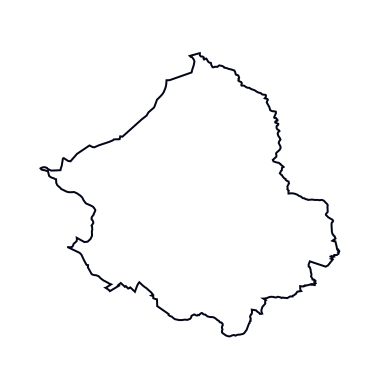 outline of Juchique de Ferrer, Veracruz, Mexico, rotated 277°
{"feature_id": "50627088B55369972555828", "entity_name": "Juchique de Ferrer", "entity_type": "district", "adm_level": 2, "iso_a3": "MEX", "parent_name": "Mexico", "parent_adm1": "Veracruz", "projection": "equal_earth", "projection_center": [-96.665, 19.824], "detail": "fine", "context": "isolated", "style": "outline", "palette": "ink", "viewbox_px": 384, "rotation_deg": 277, "n_neighbors": 0, "source": "geoboundaries", "source_scale": "gbopen_adm2", "svg_char_len": 5950}
<svg xmlns="http://www.w3.org/2000/svg" viewBox="0 0 384 384"><g transform="rotate(277 192 192)"><path d="M330.8,182.8L326.8,173.2L326.0,174.2L325.7,175.8L323.8,177.5L322.0,178.5L318.3,178.3L313.2,177.3L310.6,177.0L300.3,156.2L299.8,153.1L295.5,153.3L292.8,153.1L288.0,151.9L285.7,150.8L283.6,149.4L279.3,146.0L272.3,144.4L271.2,144.0L265.8,139.1L262.3,137.6L257.9,133.2L238.4,116.2L238.5,114.0L235.6,113.7L234.7,108.1L233.6,107.1L231.7,103.8L227.0,93.9L224.5,89.7L224.5,87.8L225.7,84.6L215.8,73.2L207.7,67.7L207.7,65.3L210.0,60.6L209.5,59.8L201.9,59.5L200.0,59.0L197.6,58.8L196.1,49.7L197.3,46.0L198.2,45.1L198.7,43.1L198.3,41.0L197.8,39.8L197.0,38.8L196.0,39.8L195.6,41.4L195.7,42.7L195.0,46.5L190.6,48.2L189.6,49.8L189.1,51.2L188.7,53.4L187.8,55.3L187.9,55.6L184.6,56.1L182.3,57.5L179.9,61.0L179.1,61.7L177.1,67.5L176.8,69.2L177.0,71.9L177.6,75.1L176.4,78.7L175.8,79.6L174.7,81.8L173.1,83.8L170.7,85.3L168.1,87.7L167.6,88.6L166.0,93.9L165.2,95.7L163.9,97.0L162.4,98.2L161.3,98.2L158.4,97.2L157.7,97.2L154.6,95.5L152.5,95.7L151.7,96.8L150.0,97.7L149.0,97.8L146.4,96.4L145.6,97.0L142.6,97.6L140.8,97.4L136.4,98.1L133.0,97.0L130.0,94.5L129.2,91.3L132.5,83.2L130.8,83.6L129.0,83.4L126.1,80.8L124.7,80.6L123.1,79.9L122.2,77.7L122.3,74.9L117.9,87.9L116.3,89.9L111.3,93.0L106.8,96.2L106.7,97.8L104.6,97.8L98.3,102.4L97.8,103.7L97.6,105.5L97.7,106.9L97.0,109.6L94.9,112.3L93.3,115.2L92.7,117.0L90.9,121.4L90.5,123.0L86.6,118.4L86.4,117.9L84.7,121.3L83.6,122.6L90.1,130.9L90.5,130.1L93.0,132.4L89.7,137.0L90.5,137.8L88.4,140.4L89.5,141.9L89.3,142.1L89.7,142.5L86.0,147.5L92.0,148.9L94.3,149.7L96.0,150.7L93.5,154.1L91.8,156.8L91.3,158.0L87.3,163.8L85.3,165.8L84.3,164.3L83.9,166.2L81.9,166.5L81.4,168.2L81.2,170.3L74.5,171.4L68.0,183.7L67.2,183.6L66.3,185.0L65.8,187.1L64.4,189.2L63.7,190.6L63.3,194.8L63.6,197.4L64.5,200.6L64.5,203.0L65.9,205.6L67.2,206.4L69.0,206.6L69.9,207.8L70.7,209.1L70.7,209.7L70.2,210.5L70.0,211.6L70.2,212.7L70.8,213.0L70.7,214.1L71.9,214.9L73.0,216.1L73.0,217.0L72.4,217.6L71.9,218.7L71.9,220.2L70.4,222.5L70.1,225.3L70.3,227.3L70.2,228.8L69.8,229.9L68.5,232.2L67.9,232.8L67.5,234.3L66.3,235.3L66.0,235.9L66.1,236.6L65.9,237.3L64.6,238.6L63.1,238.7L62.5,238.3L61.0,238.2L59.3,239.0L57.9,238.7L56.3,238.9L55.3,240.2L53.7,243.3L53.2,245.6L53.4,247.4L54.6,249.4L55.2,251.1L54.7,252.6L55.8,254.4L56.4,257.3L57.4,260.0L58.4,261.1L61.8,263.0L68.4,264.6L68.9,265.1L69.5,265.0L70.4,265.2L71.2,265.9L71.6,265.5L73.4,265.8L74.9,264.9L75.9,264.9L76.6,265.3L77.5,265.3L78.2,266.1L78.9,266.2L80.1,266.2L82.5,265.7L82.3,270.1L81.2,271.4L80.0,273.7L79.2,274.4L79.8,276.5L82.1,275.4L83.1,275.3L84.7,275.5L86.6,275.9L89.6,278.0L90.5,278.3L91.0,278.1L93.1,277.9L93.6,278.5L94.9,275.8L95.1,277.1L95.8,279.1L97.1,281.5L97.6,283.1L97.8,285.4L97.5,287.5L97.6,288.3L98.5,290.1L98.1,293.2L97.7,293.7L98.2,294.7L98.3,299.5L100.3,302.1L100.6,304.6L101.3,304.7L102.3,306.3L103.3,307.0L103.7,307.7L104.3,307.8L105.9,308.7L107.0,312.4L107.9,311.5L111.7,310.8L111.7,313.4L112.6,314.8L112.2,314.9L113.0,316.5L113.2,316.4L113.5,318.0L114.4,320.1L114.7,324.2L114.6,325.2L114.9,325.2L115.4,323.9L115.5,324.6L116.2,325.0L116.5,325.8L116.9,325.5L117.4,324.6L118.2,325.1L118.2,324.5L119.2,324.8L119.4,324.0L119.7,324.8L119.8,323.6L120.4,322.2L122.8,320.4L123.4,320.6L125.0,320.6L127.0,319.7L129.3,319.2L131.7,318.1L132.2,316.9L134.1,316.6L137.5,317.4L134.2,333.8L135.7,335.9L142.2,339.9L142.6,338.5L142.8,338.9L143.6,339.4L144.2,338.8L144.7,337.6L145.3,338.0L144.9,338.5L144.8,338.1L144.4,338.7L145.2,339.4L144.9,339.8L145.2,340.8L145.9,340.1L146.8,340.9L146.9,342.3L147.2,343.5L148.6,345.0L149.6,345.0L150.0,344.4L150.7,345.1L150.9,344.7L151.4,344.6L151.2,345.2L151.4,345.2L151.9,343.8L152.3,343.4L152.9,343.9L153.4,342.9L154.2,342.5L155.0,342.4L160.5,340.3L160.4,338.5L160.7,337.3L163.3,340.1L165.5,338.9L165.9,337.9L166.7,337.5L167.4,336.6L169.6,335.7L176.3,334.5L177.9,334.4L178.6,334.5L179.8,335.4L180.4,335.6L181.5,334.9L183.5,330.3L185.6,327.7L186.4,327.6L188.8,329.1L194.3,328.2L195.2,328.4L196.3,327.8L199.5,323.8L200.0,321.6L199.4,319.9L199.5,318.0L199.1,315.0L199.1,312.0L198.3,308.1L198.8,306.9L198.7,305.6L199.4,304.5L199.4,302.8L200.7,300.7L201.2,298.6L202.1,297.0L202.8,294.3L202.9,292.8L202.8,290.5L202.2,288.0L204.4,287.6L205.0,287.9L206.4,286.3L207.5,286.5L208.8,286.0L210.0,286.2L210.8,286.7L212.0,286.9L212.3,287.2L214.1,286.6L214.4,285.6L215.3,283.7L216.1,283.1L216.3,283.2L216.9,281.8L217.7,281.0L218.2,280.3L219.8,279.1L220.0,278.4L221.3,276.9L223.9,277.9L224.5,278.5L226.9,278.4L227.6,279.0L227.9,279.9L228.1,279.9L229.6,277.3L230.6,276.3L230.5,276.1L231.5,274.7L231.7,272.1L232.3,269.2L233.7,268.3L237.2,271.3L238.5,271.4L240.0,270.8L240.8,270.8L241.7,271.4L244.3,273.7L246.1,274.5L247.7,274.4L251.2,272.1L252.5,272.2L254.8,273.4L255.3,272.9L256.0,272.8L256.7,272.2L258.2,270.9L259.3,270.3L260.5,269.9L261.9,270.3L263.2,271.4L263.6,271.1L264.6,269.1L265.4,268.4L266.6,268.0L267.9,268.0L268.6,269.0L269.5,269.4L270.2,269.3L271.1,266.2L272.1,266.1L272.6,266.8L273.0,267.8L273.4,268.2L274.3,267.9L274.5,267.2L275.6,266.5L275.5,265.4L275.8,264.5L276.0,264.4L280.6,265.7L281.9,265.4L282.1,264.7L282.0,261.7L282.7,259.7L285.7,258.4L289.9,255.3L291.1,255.4L292.4,256.0L292.9,256.0L293.5,255.4L293.9,252.8L295.4,253.7L296.6,253.7L297.1,253.5L297.4,252.8L297.3,251.0L297.5,249.6L298.5,248.2L298.9,245.3L300.6,241.7L301.6,237.5L302.3,236.6L302.3,234.1L302.6,233.2L303.9,230.6L303.7,228.2L303.9,228.0L304.4,227.9L306.1,228.2L306.5,228.0L307.1,227.4L307.7,225.2L308.2,224.5L309.2,224.8L309.9,224.3L311.1,224.9L313.4,223.7L313.9,221.2L316.3,220.2L317.7,219.3L318.4,216.1L318.6,213.8L319.2,211.2L319.4,208.8L320.1,208.3L320.7,206.8L321.0,203.8L320.6,203.1L319.4,202.1L319.0,199.0L318.5,198.5L318.3,197.5L318.8,196.8L320.4,195.7L322.4,195.0L322.6,193.4L323.1,192.4L326.1,190.0L325.8,189.0L325.3,188.5L325.0,187.8L325.7,187.2L326.6,187.5L327.1,187.2L327.7,186.2L327.6,184.4L328.5,183.2L330.8,182.8Z" fill="none" stroke="#020617" stroke-width="2"/></g></svg>